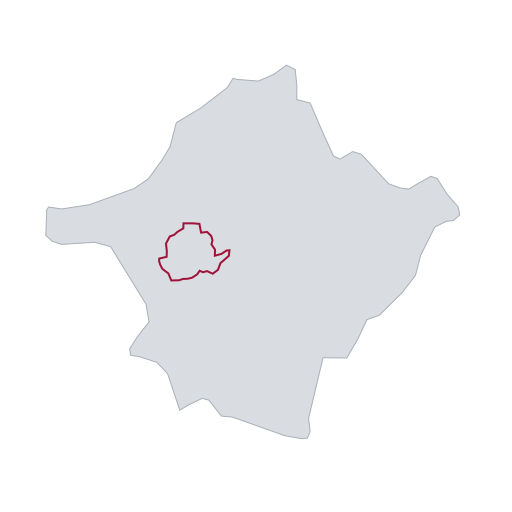 where Suva Reka sits in Kosovo, rotated 84°
{"feature_id": "KOS-5910", "entity_name": "Suva Reka", "entity_type": "District", "adm_level": 1, "iso_a3": "XKX", "parent_name": "Kosovo", "parent_adm1": "", "projection": "mercator", "projection_center": [20.856, 42.352], "detail": "fine", "context": "in_parent", "style": "outline", "palette": "rose", "viewbox_px": 512, "rotation_deg": 84, "n_neighbors": 0, "source": "natural_earth", "source_scale": "10m", "svg_char_len": 1574}
<svg xmlns="http://www.w3.org/2000/svg" viewBox="0 0 512 512"><g transform="rotate(84 256 256)"><path d="M137.6,177.5L164.5,168.6L168.4,162.4L162.3,148.9L165.9,140.5L198.1,116.5L203.4,105.6L205.4,97.0L201.1,87.9L195.0,73.7L197.9,67.7L214.7,59.4L228.3,49.8L236.4,49.1L241.4,56.0L241.4,63.1L245.9,75.1L255.9,81.6L272.6,92.2L291.9,99.4L307.1,113.8L327.8,139.5L330.9,152.3L349.5,163.6L366.9,176.4L364.2,200.0L423.0,220.7L436.3,220.5L442.6,224.1L442.5,229.5L437.8,246.0L413.6,296.6L411.6,307.1L394.3,318.1L392.0,324.4L396.9,338.3L401.4,348.1L401.0,348.0L363.9,356.2L351.4,365.7L344.0,382.4L341.6,391.1L335.1,391.3L324.2,382.7L310.4,369.3L292.5,370.4L231.5,399.6L225.5,415.0L224.1,448.2L220.0,457.2L213.5,462.9L188.3,459.3L185.6,457.1L188.9,444.4L187.6,416.5L176.2,370.3L168.1,355.1L151.4,340.0L138.4,330.1L115.1,321.3L103.2,295.8L85.4,266.8L76.8,260.2L78.2,257.3L82.3,235.4L77.2,219.4L69.4,205.8L74.7,197.5L91.1,197.6L104.7,199.1L109.6,186.1L137.6,177.5Z" fill="#d9dde1" stroke="#a8b0b8" stroke-width="1"/><path d="M215.9,324.7L217.0,314.9L218.1,308.9L227.0,308.2L227.0,302.1L231.4,298.4L235.9,297.6L239.8,299.1L245.3,296.1L251.4,296.9L250.3,290.1L247.5,284.8L247.5,281.8L253.0,283.0L256.4,287.8L259.4,292.1L265.8,295.3L269.1,300.9L265.9,306.3L266.6,310.4L264.8,313.6L268.1,316.4L270.9,321.8L271.5,326.5L271.2,331.0L272.1,335.1L271.8,338.8L271.5,342.8L264.1,345.0L261.3,348.1L258.9,350.5L254.6,352.2L250.9,352.9L248.4,352.5L247.5,345.0L242.0,344.2L234.2,344.2L227.5,339.7L226.4,335.2L223.7,331.4L220.9,325.4L215.9,324.7Z" fill="none" stroke="#9f1239" stroke-width="2"/></g></svg>